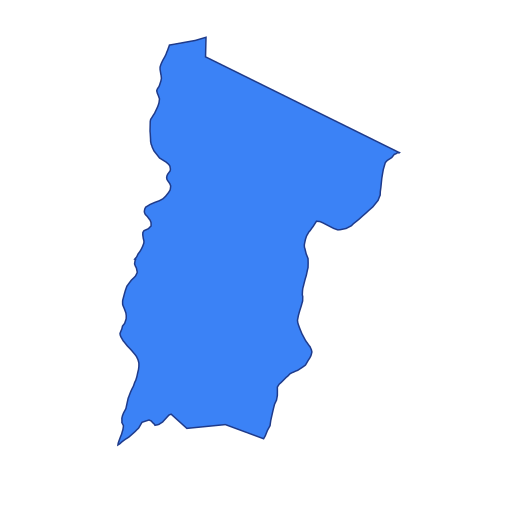 outline of Giraud, Choiseul, Saint Lucia, rotated 9°
{"feature_id": "8701671B87129820959835", "entity_name": "Giraud", "entity_type": "district", "adm_level": 2, "iso_a3": "LCA", "parent_name": "Saint Lucia", "parent_adm1": "Choiseul", "projection": "robinson", "projection_center": [-61.009, 13.792], "detail": "fine", "context": "isolated", "style": "filled", "palette": "blue", "viewbox_px": 512, "rotation_deg": 9, "n_neighbors": 0, "source": "geoboundaries", "source_scale": "gbopen_adm2", "svg_char_len": 4290}
<svg xmlns="http://www.w3.org/2000/svg" viewBox="0 0 512 512"><g transform="rotate(9 256 256)"><path d="M149.2,464.2L150.5,463.1L151.0,462.6L151.4,462.1L152.4,460.8L152.6,460.6L154.2,458.9L156.0,457.1L156.9,456.4L157.8,455.6L158.8,454.7L160.8,452.3L164.3,448.0L165.3,446.5L166.9,444.5L167.4,443.3L169.4,438.1L172.8,436.3L176.0,434.7L178.5,435.4L179.1,436.0L180.5,437.1L181.9,438.0L182.7,439.0L183.5,438.7L185.2,438.1L186.6,437.4L187.3,436.7L188.9,435.3L189.8,434.5L190.4,433.5L191.6,431.7L194.9,426.7L196.9,425.5L214.7,437.1L215.7,436.8L252.1,427.3L292.1,435.3L293.3,432.1L294.6,426.4L296.4,421.4L296.3,416.2L296.8,408.2L297.1,404.0L297.5,399.5L298.8,395.1L298.9,390.3L298.3,386.3L297.6,382.1L298.5,380.0L299.0,378.9L300.6,377.0L301.9,375.2L304.9,371.0L306.0,369.9L308.0,367.0L310.0,365.5L311.1,364.9L313.1,363.5L315.1,362.4L319.9,358.0L321.8,356.1L322.1,355.5L324.0,350.6L324.9,348.7L325.7,346.4L326.0,344.9L326.2,342.3L326.2,342.0L325.7,340.8L325.3,339.8L325.1,339.5L324.8,339.1L323.4,336.9L323.1,336.8L321.7,335.4L319.8,333.4L319.2,332.9L317.8,331.3L317.2,330.5L313.2,325.2L312.9,324.6L311.0,321.5L310.3,320.3L308.6,317.2L307.6,315.1L307.4,314.3L307.0,313.0L307.1,310.3L307.2,307.7L307.4,306.2L307.6,304.3L307.9,302.2L308.5,298.2L308.8,295.5L309.1,293.1L308.5,288.7L307.8,287.1L307.4,283.4L307.3,281.7L307.3,280.2L307.6,277.6L307.6,277.2L308.2,270.9L308.7,267.4L309.0,261.7L309.2,259.3L308.6,254.8L308.0,251.5L307.8,250.4L305.2,246.0L304.4,244.1L303.2,241.2L302.6,240.1L302.4,239.5L302.0,237.6L302.0,236.4L302.0,236.0L302.1,234.0L302.3,231.3L302.4,230.8L302.8,228.3L304.4,224.1L305.0,223.1L305.3,222.8L306.3,220.8L306.5,220.3L306.7,220.0L306.9,219.5L307.1,219.2L307.8,217.9L309.4,214.2L310.1,212.7L310.3,212.2L313.8,212.0L316.9,212.8L328.4,216.6L332.7,217.4L334.8,216.9L335.2,216.8L337.3,216.0L340.7,214.7L345.6,211.1L345.9,210.6L347.2,208.8L350.7,205.0L352.2,203.3L354.9,199.9L358.1,196.1L360.2,193.4L363.7,189.2L367.9,181.9L368.7,178.0L369.1,176.5L368.7,172.9L368.6,168.7L368.1,159.7L368.1,156.1L368.2,150.6L369.0,144.2L369.1,143.6L369.5,142.9L370.7,141.1L374.7,137.5L376.7,133.9L377.2,133.7L378.0,133.3L379.7,131.8L381.2,131.8L381.5,131.4L380.8,131.3L175.0,67.2L172.4,47.8L162.3,52.6L137.5,61.2L137.3,62.6L136.9,64.4L136.5,66.7L136.0,68.5L135.6,70.8L134.8,73.4L133.5,76.8L132.6,79.7L132.1,81.8L131.7,84.4L132.1,86.8L133.7,91.7L133.9,92.0L134.8,95.3L134.7,97.9L134.0,102.4L133.6,104.0L132.6,106.0L132.1,108.0L132.2,108.6L133.1,110.7L134.3,112.6L136.1,115.9L136.2,118.7L136.2,120.0L135.9,122.0L135.5,124.0L134.8,126.5L134.1,128.8L133.5,131.0L132.8,132.4L131.4,135.8L130.6,137.5L130.5,139.6L131.0,143.3L131.8,149.2L132.5,152.1L133.6,157.2L133.9,159.0L134.9,161.9L135.7,163.1L136.5,164.8L138.8,168.2L142.2,171.3L145.4,174.3L152.5,177.3L155.2,179.0L156.1,179.8L156.9,180.7L157.9,183.6L157.9,185.3L157.0,187.1L156.0,189.0L155.5,190.8L155.5,192.7L156.1,194.3L157.4,195.8L158.3,196.7L159.6,198.1L160.8,200.2L160.9,203.0L160.8,204.5L159.5,207.4L157.4,211.1L155.1,214.1L151.8,216.6L147.8,218.8L143.4,221.6L141.3,223.4L139.4,225.0L138.8,226.9L138.7,229.3L139.1,230.6L140.1,232.2L140.7,232.7L142.5,234.0L143.5,235.0L144.6,236.1L145.8,237.2L147.1,239.4L147.7,242.7L145.4,245.9L143.9,246.9L141.4,248.5L140.6,250.4L140.8,252.5L141.1,253.6L141.9,256.2L142.4,257.4L143.0,258.8L143.2,260.8L142.5,264.3L141.7,267.0L140.7,269.6L139.2,272.4L138.6,274.5L138.2,275.7L136.7,278.1L137.6,278.2L137.3,279.4L137.3,282.8L138.4,284.8L139.7,286.5L141.2,290.4L141.2,291.2L140.1,294.7L138.7,296.7L136.7,299.3L134.9,302.7L133.2,306.0L132.4,310.2L132.0,313.4L131.3,320.2L131.3,321.4L131.8,324.5L132.3,325.6L134.1,328.5L136.4,332.6L137.2,335.3L137.6,338.3L136.8,343.1L135.1,346.1L134.9,349.1L134.4,351.0L133.8,353.7L134.2,355.2L135.2,357.0L138.2,360.7L139.1,361.4L142.9,364.9L146.1,367.3L148.2,369.0L149.9,370.5L152.0,372.3L153.7,374.0L155.6,376.8L155.8,377.2L156.9,379.6L157.2,380.7L157.6,383.5L157.7,386.6L157.5,388.8L157.2,393.9L156.7,397.5L156.0,399.7L155.3,403.7L154.3,406.7L153.5,409.5L152.8,412.7L152.4,414.8L152.0,416.4L151.8,419.6L151.5,424.7L151.4,426.9L150.8,428.8L150.2,430.4L149.7,431.9L149.1,434.6L148.9,437.2L149.5,440.5L149.5,441.3L151.6,444.3L151.7,445.7L151.7,448.3L151.3,451.2L151.1,453.1L150.5,455.5L149.6,460.0L149.2,462.3L149.2,464.2Z" fill="#3b82f6" stroke="#1e3a8a" stroke-width="1.5"/></g></svg>